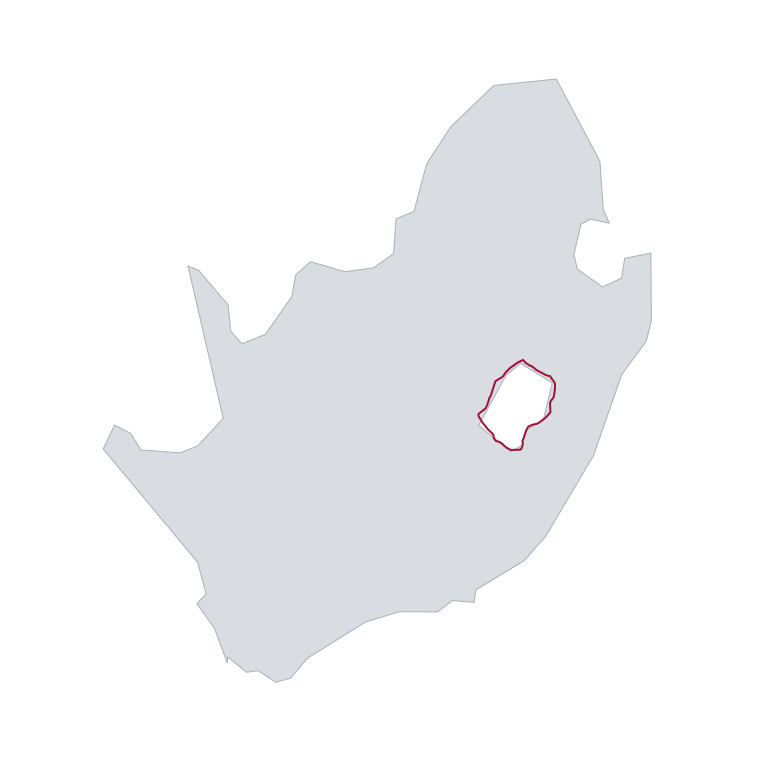 Lesotho and the surrounding countries, rotated 348°
{"feature_id": "LSO", "entity_name": "Lesotho", "entity_type": "country or territory", "adm_level": 0, "iso_a3": "LSO", "parent_name": "Africa", "parent_adm1": "", "projection": "natural_earth1", "projection_center": [28.2, -29.612], "detail": "fine", "context": "with_neighbors", "style": "outline", "palette": "rose", "viewbox_px": 768, "rotation_deg": 348, "n_neighbors": 1, "source": "natural_earth", "source_scale": "50m", "svg_char_len": 1979}
<svg xmlns="http://www.w3.org/2000/svg" viewBox="0 0 768 768"><g transform="rotate(348 384 384)"><path d="M95.8,389.1L111.9,368.2L126.0,379.8L132.4,397.9L170.2,409.0L188.9,405.9L219.6,384.2L216.8,227.9L226.4,234.3L248.0,274.5L245.1,300.3L253.2,315.1L278.3,310.8L312.1,279.2L320.4,258.9L337.5,249.1L369.3,266.1L398.0,268.2L420.5,258.4L430.1,224.9L449.2,221.5L471.5,177.5L503.3,145.9L553.5,114.8L615.9,121.5L641.5,211.1L634.8,258.3L637.7,273.4L620.0,265.7L609.8,268.7L596.7,296.9L597.0,311.6L617.8,334.5L638.3,329.9L645.6,311.1L672.2,311.5L658.7,377.5L649.5,396.6L618.6,424.1L574.0,497.6L510.4,566.7L484.4,585.9L431.0,604.5L426.7,616.3L405.8,610.0L388.9,618.1L351.6,609.9L316.6,612.9L252.4,636.2L231.6,652.2L216.1,653.2L201.2,638.2L189.6,637.4L174.3,618.5L172.8,624.4L167.4,588.2L155.4,559.9L166.4,552.2L164.6,519.7L95.8,389.1ZM548.9,417.9L521.7,392.1L505.3,400.8L468.0,444.1L494.1,476.7L506.5,472.5L512.9,459.0L532.3,452.3L548.9,417.9Z" fill="#d9dde1" stroke="#a8b0b8" stroke-width="1"/><path d="M528.4,453.7L525.3,454.7L524.8,454.8L522.8,454.6L520.1,454.8L518.0,455.4L516.4,455.6L513.7,458.6L508.9,466.7L507.6,468.4L507.3,471.6L506.1,474.1L504.8,476.1L503.4,476.6L499.4,475.8L494.2,474.8L491.2,472.3L488.5,469.1L487.1,466.8L485.6,465.5L485.1,464.8L483.0,463.7L482.2,463.2L481.5,462.8L480.7,461.2L480.2,459.9L480.4,456.1L478.9,453.9L476.3,450.0L474.7,446.9L472.5,442.6L471.2,439.0L469.8,435.2L469.9,433.5L471.3,432.4L475.2,430.5L478.2,429.0L480.4,426.3L482.7,422.3L483.9,419.9L485.0,418.8L486.3,417.0L488.5,413.3L490.9,409.0L493.5,404.5L496.8,403.2L501.4,401.7L505.7,397.7L510.9,394.4L519.2,390.8L523.1,389.9L524.6,389.3L525.5,390.0L526.5,392.1L527.9,393.8L531.2,396.8L532.6,397.6L536.0,402.0L539.7,405.1L543.8,408.6L546.7,410.4L548.1,410.9L549.3,414.0L550.5,416.3L551.2,418.5L551.1,420.6L549.7,425.8L547.8,431.0L546.3,433.2L544.4,434.6L542.5,436.7L541.8,441.0L541.0,446.0L538.6,448.0L536.7,449.4L534.1,451.0L528.4,453.7Z" fill="none" stroke="#9f1239" stroke-width="2"/></g></svg>